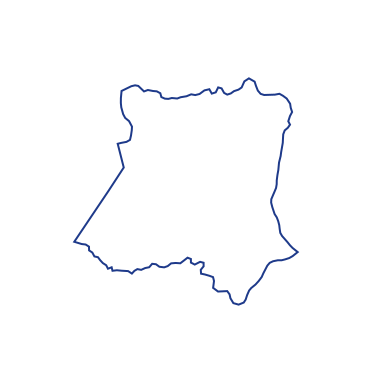 outline of Santa Bárbara do Pará, Pará, Brazil, rotated 153°
{"feature_id": "56859067B47809936972021", "entity_name": "Santa Bárbara do Pará", "entity_type": "district", "adm_level": 2, "iso_a3": "BRA", "parent_name": "Brazil", "parent_adm1": "Pará", "projection": "orthographic", "projection_center": [-48.256, -1.192], "detail": "fine", "context": "isolated", "style": "outline", "palette": "blue", "viewbox_px": 384, "rotation_deg": 153, "n_neighbors": 0, "source": "geoboundaries", "source_scale": "gbopen_adm2", "svg_char_len": 2059}
<svg xmlns="http://www.w3.org/2000/svg" viewBox="0 0 384 384"><g transform="rotate(153 192 192)"><path d="M86.1,261.9L89.7,267.4L95.1,266.8L100.3,262.6L104.1,262.1L108.8,262.8L112.7,262.2L116.4,262.8L118.4,265.7L118.6,270.9L121.2,273.3L125.6,270.0L129.7,270.7L129.9,275.7L134.8,276.9L140.8,275.9L145.1,276.9L148.4,279.4L153.4,279.8L159.1,281.6L162.7,282.0L167.3,284.9L170.8,285.7L173.8,287.5L176.2,290.5L175.4,294.4L177.7,297.7L180.9,299.7L185.0,302.9L189.1,303.4L191.7,310.9L194.3,312.9L198.0,313.8L203.0,313.9L208.9,314.0L212.7,308.0L215.0,303.6L216.6,299.5L218.0,292.6L217.9,288.3L215.9,283.7L215.8,277.5L217.6,274.4L220.8,269.9L223.6,266.6L227.6,266.4L232.8,267.9L236.3,268.7L241.7,244.8L265.9,230.9L319.5,201.1L313.9,195.7L310.6,193.5L308.6,190.1L310.2,186.7L308.3,183.3L308.2,178.9L305.4,176.6L304.8,173.0L303.7,169.1L301.7,165.7L301.7,161.8L297.8,161.4L298.6,157.9L294.5,156.4L290.4,153.8L284.8,150.5L282.6,146.6L279.1,147.9L275.7,148.1L272.6,145.7L268.2,145.5L264.3,144.4L260.1,146.1L256.9,144.0L255.0,140.2L251.0,137.5L247.3,137.0L243.0,137.9L238.8,136.2L234.8,133.8L230.4,134.6L225.8,135.5L223.4,132.8L225.0,129.6L222.5,126.1L216.5,126.1L213.8,123.7L215.4,120.5L219.5,118.7L221.0,115.1L218.0,112.7L214.5,109.4L211.9,106.6L212.8,102.7L216.7,97.0L214.0,91.5L205.6,87.7L205.0,83.7L206.0,79.9L205.6,74.2L201.6,70.5L196.1,70.0L193.0,71.8L189.7,75.1L185.8,78.3L182.7,79.6L177.5,80.7L173.0,82.4L168.5,84.6L165.3,87.2L158.3,92.2L154.9,93.6L151.2,93.5L146.5,92.2L143.2,90.5L139.7,89.7L135.3,89.0L131.4,89.2L125.1,90.5L127.8,96.5L128.9,100.1L129.7,104.0L131.7,111.8L131.9,115.5L130.6,119.4L129.3,122.9L128.4,127.0L128.0,130.9L128.4,134.9L127.3,142.1L126.3,146.6L124.6,149.6L118.6,154.6L115.3,157.4L113.0,160.5L111.2,163.9L108.2,168.3L105.1,172.4L101.1,178.7L96.7,183.8L94.5,187.0L88.8,194.6L86.8,198.1L84.5,202.0L81.4,204.8L77.5,205.7L74.1,207.5L74.1,211.3L70.2,215.2L66.5,217.8L65.8,222.2L64.5,226.1L65.2,232.3L67.3,236.5L69.5,239.8L73.9,241.1L83.7,245.7L86.3,248.3L87.3,252.5L86.8,257.6L86.1,261.9Z" fill="none" stroke="#1e3a8a" stroke-width="2"/></g></svg>